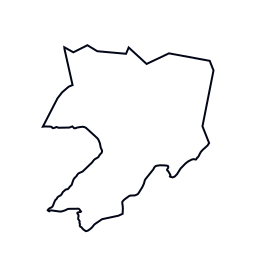 Gbapolu, orthographic projection, rotated 348°
{"feature_id": "LBR-1459", "entity_name": "Gbapolu", "entity_type": "County", "adm_level": 1, "iso_a3": "LBR", "parent_name": "Liberia", "parent_adm1": "", "projection": "orthographic", "projection_center": [-10.534, 7.419], "detail": "fine", "context": "isolated", "style": "outline", "palette": "ink", "viewbox_px": 256, "rotation_deg": 348, "n_neighbors": 0, "source": "natural_earth", "source_scale": "10m", "svg_char_len": 2725}
<svg xmlns="http://www.w3.org/2000/svg" viewBox="0 0 256 256"><g transform="rotate(348 128 128)"><path d="M45.0,109.0L65.2,84.3L71.0,79.4L78.1,75.5L79.2,75.1L82.7,74.5L82.3,37.6L82.5,35.8L90.3,42.6L105.5,38.6L113.9,46.5L141.5,55.0L145.4,49.4L159.5,69.2L183.6,63.5L221.9,79.3L223.6,89.5L201.2,141.8L204.2,159.6L202.1,161.7L196.5,164.9L194.0,166.8L191.1,170.4L190.3,171.1L189.4,171.5L188.7,172.3L188.0,172.9L187.1,172.7L186.4,172.3L185.4,172.1L184.4,172.1L183.5,172.2L179.9,173.2L176.8,174.7L171.1,178.5L166.4,183.3L163.8,185.1L161.5,185.6L159.8,184.8L159.4,184.6L159.0,184.3L158.9,184.0L159.2,183.7L159.5,183.4L159.7,183.0L159.6,182.6L159.2,181.1L159.0,180.6L158.5,179.0L158.2,178.4L157.8,177.9L157.5,177.4L157.6,176.8L158.0,176.3L158.7,175.6L159.1,175.2L159.3,174.3L159.3,173.9L159.2,173.5L159.0,173.3L156.8,172.4L151.5,171.1L147.6,170.9L146.0,171.6L145.5,172.1L144.2,173.7L134.3,181.8L133.5,182.8L132.1,185.6L129.7,188.8L124.9,193.8L123.8,194.7L122.6,195.0L121.4,195.3L120.3,195.3L116.4,194.6L115.8,194.6L114.7,194.9L109.6,197.2L108.2,198.1L107.2,198.9L107.0,199.4L106.8,200.0L106.6,203.3L106.2,205.9L104.9,210.8L100.4,211.8L83.7,211.8L75.8,215.0L74.6,215.7L73.1,217.0L71.8,217.9L70.3,218.8L67.6,220.0L66.2,220.2L65.3,220.1L64.3,219.1L63.2,217.9L62.7,217.1L62.3,216.4L62.1,215.8L61.8,215.4L60.7,214.4L60.5,213.5L60.6,213.1L61.0,212.2L61.0,211.7L60.8,210.7L60.9,210.2L61.2,209.6L61.3,209.0L61.1,208.4L60.8,207.8L60.4,206.8L60.4,206.4L60.5,205.9L60.7,205.5L60.8,205.0L61.1,204.4L61.4,203.3L61.4,202.9L61.3,202.5L61.1,202.0L60.8,201.4L60.7,200.9L60.8,200.5L61.1,200.2L61.7,200.2L64.0,200.2L64.5,200.1L64.7,199.8L64.3,199.5L64.0,199.1L63.9,198.7L63.9,198.1L63.7,197.6L62.9,196.7L53.4,194.8L52.7,194.7L52.0,194.8L49.1,195.5L45.9,195.8L44.1,195.6L35.7,192.6L34.7,192.6L33.6,193.1L32.5,192.0L32.4,191.9L32.9,191.2L34.0,190.5L34.9,190.1L36.9,189.7L37.9,189.0L38.9,187.7L40.6,185.1L42.0,183.3L42.9,182.9L43.4,182.5L44.3,181.5L44.9,181.0L45.6,180.6L48.0,179.9L48.7,179.5L49.3,179.0L50.6,177.5L51.3,176.9L54.0,175.4L54.8,175.2L56.3,175.3L56.9,175.0L57.5,174.6L58.0,174.1L59.2,173.1L60.4,172.4L60.9,172.1L61.2,171.7L63.6,167.6L64.2,166.9L64.8,166.2L67.9,164.1L68.4,163.5L68.9,163.0L69.5,162.5L70.2,162.1L71.0,161.9L74.6,161.1L85.6,154.3L87.8,152.4L88.4,152.0L89.1,151.6L92.3,150.6L93.0,150.2L93.5,149.7L94.0,149.1L95.1,148.1L97.1,146.7L97.7,145.7L97.9,144.6L97.2,141.1L97.3,139.8L97.3,136.8L96.7,133.7L96.2,132.2L95.8,131.5L87.0,119.2L85.7,118.1L84.1,117.4L81.1,117.1L78.7,117.0L76.1,117.3L75.2,116.9L73.9,114.9L71.7,115.2L70.9,115.4L60.0,113.3L58.7,112.4L58.4,112.2L58.0,112.2L55.9,112.6L55.0,112.6L54.5,112.5L54.1,112.2L53.6,111.2L52.9,110.7L52.4,110.5L47.0,109.2L45.0,109.0Z" fill="none" stroke="#020617" stroke-width="2"/></g></svg>